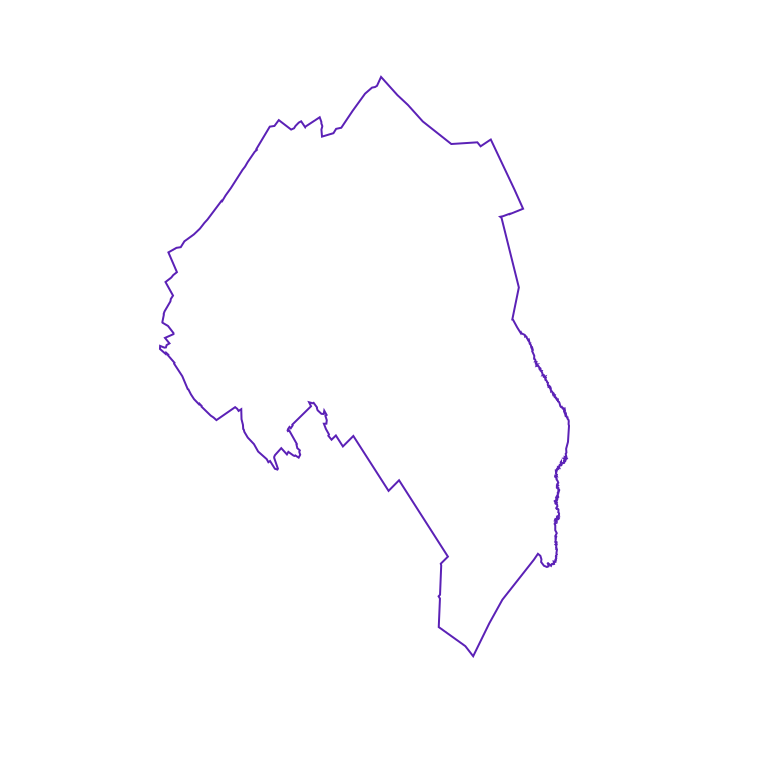 outline of Allažu pag., Siguldas, Latvia, rotated 248°
{"feature_id": "27541924B773256443611", "entity_name": "Allažu pag.", "entity_type": "district", "adm_level": 2, "iso_a3": "LVA", "parent_name": "Latvia", "parent_adm1": "Siguldas", "projection": "equal_earth", "projection_center": [24.751, 57.056], "detail": "fine", "context": "isolated", "style": "outline", "palette": "violet", "viewbox_px": 768, "rotation_deg": 248, "n_neighbors": 0, "source": "geoboundaries", "source_scale": "gbopen_adm2", "svg_char_len": 6152}
<svg xmlns="http://www.w3.org/2000/svg" viewBox="0 0 768 768"><g transform="rotate(248 384 384)"><path d="M98.2,364.7L122.6,391.9L139.7,413.0L164.9,457.1L168.9,463.1L166.1,464.6L162.5,464.3L160.1,463.0L155.6,464.2L153.3,466.5L153.3,468.2L155.3,468.7L157.1,468.6L152.9,470.8L154.2,472.1L154.2,472.7L153.4,473.8L153.4,474.3L155.8,474.8L154.9,475.9L154.9,476.5L156.5,476.8L156.5,477.6L157.5,477.8L157.8,478.4L159.3,478.6L159.4,479.1L160.5,479.2L161.2,480.4L162.4,480.4L165.3,482.1L165.9,482.4L166.6,481.8L167.3,482.5L168.0,482.3L169.4,483.2L170.3,483.0L170.1,483.4L170.7,483.6L170.7,483.9L171.6,483.8L171.3,484.1L172.7,484.8L173.8,484.0L175.8,485.2L176.9,484.6L176.7,484.8L177.1,485.3L177.1,485.9L178.1,486.6L178.9,485.9L181.0,488.3L184.3,488.0L188.6,489.8L190.3,489.8L190.6,491.3L191.9,490.9L191.9,491.5L193.3,492.5L193.2,492.1L193.8,491.5L194.6,492.3L194.1,492.9L192.8,493.1L195.0,494.1L194.1,494.3L193.4,495.1L194.2,496.1L195.7,495.5L196.4,495.9L196.2,496.9L196.9,496.9L198.0,497.7L199.4,497.8L200.5,497.2L200.2,497.6L200.6,498.0L202.3,498.7L203.0,498.5L203.4,497.4L204.3,497.2L204.4,497.7L205.0,497.9L205.6,498.9L207.7,499.4L209.2,499.1L208.6,498.9L208.8,497.5L209.2,498.6L211.5,498.4L211.6,498.9L211.2,499.6L209.5,499.4L209.6,499.9L210.5,499.7L211.4,500.6L212.0,500.6L211.7,501.1L212.0,501.4L213.2,501.2L213.0,501.6L214.0,501.9L213.6,502.4L213.9,503.2L214.7,503.3L214.2,502.9L215.0,502.9L215.2,502.2L216.9,504.3L217.9,504.2L218.1,504.4L217.7,504.7L219.1,505.4L218.5,505.5L219.7,506.5L220.2,506.2L220.5,506.7L221.3,506.4L222.3,506.7L222.6,506.3L222.4,505.7L223.1,505.4L224.9,506.2L224.4,506.8L224.6,507.5L226.3,507.2L227.1,508.6L229.5,508.6L230.8,508.2L231.3,508.6L232.5,508.5L234.0,507.9L234.5,508.2L233.4,508.9L234.1,509.3L233.8,509.7L234.5,509.7L235.2,510.3L235.6,509.9L236.6,509.9L237.9,510.9L238.1,510.5L239.4,510.9L239.2,511.2L240.0,512.1L239.5,512.3L240.3,513.3L241.3,513.8L240.6,514.1L241.2,514.4L240.9,514.8L241.4,514.7L241.8,515.0L241.9,515.7L243.0,515.9L242.4,516.1L243.0,516.5L242.7,516.8L242.9,517.4L242.3,517.9L242.5,518.3L243.1,517.9L245.2,518.5L245.6,519.1L244.5,518.7L244.6,519.1L243.6,520.2L243.4,521.4L245.0,522.0L244.4,522.5L244.4,523.0L245.5,523.9L245.9,522.9L246.7,523.6L247.7,522.9L247.5,524.4L246.3,525.1L246.4,525.6L248.6,524.8L248.2,525.8L251.2,526.3L252.0,527.4L255.7,528.6L261.4,532.9L276.0,539.9L277.6,540.1L280.4,541.4L281.7,541.6L282.8,541.2L284.3,541.6L284.5,541.1L285.6,541.2L286.1,540.4L287.5,540.6L287.2,541.2L288.8,541.7L289.0,541.5L288.6,541.0L289.1,540.7L291.3,540.7L292.0,541.0L291.5,541.8L293.3,542.2L293.0,541.3L293.9,541.3L293.7,540.9L294.5,540.4L296.3,540.3L296.4,539.5L297.4,539.2L300.9,539.6L301.9,539.5L302.7,538.8L304.5,539.4L304.6,538.5L305.7,538.7L306.1,538.1L306.7,538.4L307.5,538.1L307.6,537.6L308.3,537.3L309.1,537.9L309.1,537.4L309.6,537.3L310.4,537.9L311.2,537.5L311.7,537.8L311.9,537.7L311.3,536.9L313.3,537.1L314.3,536.8L314.4,536.1L315.4,536.6L316.2,536.3L316.7,536.7L317.6,536.4L317.7,537.0L318.8,537.1L319.1,537.0L318.3,536.5L319.3,536.6L319.6,535.5L320.8,536.1L321.2,535.5L322.6,535.8L323.6,536.5L324.7,535.9L325.2,536.1L327.3,535.7L327.3,535.3L327.8,535.3L328.6,535.5L328.5,535.8L329.2,536.4L330.0,535.6L330.4,536.1L330.4,535.7L331.5,535.6L331.4,535.1L332.3,535.4L332.6,534.5L332.9,535.1L333.8,534.6L334.8,534.9L336.6,534.7L337.0,535.2L337.6,534.3L338.4,534.5L338.8,534.1L339.8,534.9L340.0,534.8L339.6,534.2L339.9,533.8L341.1,534.2L342.7,533.9L342.7,533.6L343.5,533.2L343.6,532.5L343.9,532.9L344.5,532.5L344.7,533.1L344.8,532.7L345.6,533.0L346.1,532.5L347.3,533.6L348.1,532.5L348.4,533.1L350.1,533.3L351.1,532.6L353.9,533.9L359.0,533.7L359.4,534.5L360.3,534.7L360.7,534.3L361.8,534.3L361.3,534.9L362.2,535.0L362.2,534.6L362.6,534.4L363.1,534.9L363.7,534.5L364.9,534.8L366.4,534.3L367.0,534.8L367.3,534.3L369.5,534.7L369.2,534.4L369.5,534.2L371.0,534.5L371.1,534.0L372.1,534.1L372.6,533.7L374.4,533.8L375.0,533.5L375.1,532.6L376.3,533.0L376.9,532.8L379.4,530.5L380.3,530.4L379.8,529.9L386.5,528.7L395.2,527.7L395.7,527.1L423.0,545.2L494.0,555.2L495.5,554.4L495.0,557.2L494.8,563.5L494.7,564.4L494.4,564.3L494.4,578.6L515.4,577.8L570.7,574.6L568.2,562.6L573.1,561.1L581.3,536.3L612.9,518.3L633.8,510.7L646.7,504.7L669.8,496.3L663.1,489.2L662.7,486.9L663.3,483.9L660.3,475.2L649.0,457.2L637.6,440.4L638.5,435.2L635.5,431.1L636.6,419.2L643.4,421.3L645.8,423.2L646.8,423.5L648.9,423.5L650.5,424.1L655.4,424.3L652.1,407.7L651.6,407.1L658.6,405.6L658.3,402.9L656.4,398.6L654.8,396.4L654.7,393.2L668.1,385.3L664.3,379.1L665.4,374.5L649.5,353.5L648.7,353.8L647.8,351.2L640.8,340.7L637.6,336.6L635.5,333.0L623.0,315.4L618.2,307.8L613.9,302.1L614.1,301.6L614.5,301.6L602.6,281.9L600.7,277.9L597.0,271.5L593.9,263.7L591.1,252.4L587.0,246.8L588.0,242.6L586.8,233.4L565.3,233.9L563.9,229.3L562.4,226.7L560.4,219.6L545.0,221.5L542.7,218.2L540.6,216.9L533.5,207.7L531.4,205.9L530.8,205.9L524.3,201.6L523.8,201.6L518.7,205.5L510.0,207.9L509.1,207.5L508.8,198.2L502.0,200.3L501.5,197.0L499.6,195.5L500.0,194.0L503.2,190.7L500.4,189.4L493.5,192.9L494.6,193.7L491.9,195.0L491.4,194.5L482.1,197.7L481.5,197.0L466.8,199.9L452.7,200.1L452.3,200.6L446.7,201.1L441.1,202.2L434.4,204.9L434.9,205.5L431.9,206.7L431.4,206.3L419.6,211.5L416.8,213.4L413.3,215.1L418.3,237.3L416.0,238.6L413.5,239.1L414.1,242.2L404.7,238.7L398.9,237.9L395.0,236.6L394.3,236.9L391.9,236.6L385.4,237.6L377.0,240.9L368.5,242.0L358.3,247.1L354.8,247.5L355.3,249.5L346.3,251.1L344.6,253.1L345.2,253.9L356.7,254.5L357.7,255.0L358.9,256.3L363.0,264.7L355.1,267.6L356.9,269.9L351.5,273.3L350.8,274.2L351.0,275.0L347.7,277.3L349.8,279.8L352.8,280.0L354.0,281.1L357.0,279.6L360.8,280.2L361.0,280.7L376.4,278.7L376.3,277.3L377.0,277.2L378.2,278.2L379.6,280.3L377.9,281.0L379.8,283.8L380.7,283.8L390.7,308.0L395.1,307.7L392.8,310.8L392.9,311.7L387.4,313.1L386.6,312.7L384.5,312.6L379.8,314.8L378.8,316.9L381.6,318.6L376.8,319.2L376.4,317.7L371.9,317.4L368.8,315.7L369.7,313.4L364.1,313.3L357.8,314.1L356.9,313.0L352.0,314.5L354.3,320.1L341.5,322.5L347.3,336.1L283.2,348.2L289.1,361.9L200.0,378.6L196.1,369.3L194.4,369.1L167.6,357.0L166.7,355.1L164.1,355.5L138.1,343.7L110.5,361.2L98.2,364.7Z" fill="none" stroke="#5b21b6" stroke-width="2"/></g></svg>